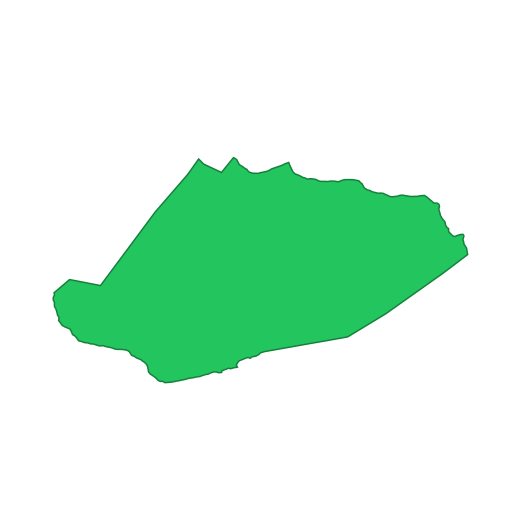 outline of Jaguaretama, Ceará, Brazil, rotated 258°
{"feature_id": "56859067B17127174876684", "entity_name": "Jaguaretama", "entity_type": "district", "adm_level": 2, "iso_a3": "BRA", "parent_name": "Brazil", "parent_adm1": "Ceará", "projection": "equal_earth", "projection_center": [-38.749, -5.493], "detail": "fine", "context": "isolated", "style": "filled", "palette": "green", "viewbox_px": 512, "rotation_deg": 258, "n_neighbors": 0, "source": "geoboundaries", "source_scale": "gbopen_adm2", "svg_char_len": 3028}
<svg xmlns="http://www.w3.org/2000/svg" viewBox="0 0 512 512"><g transform="rotate(258 256 256)"><path d="M157.2,229.0L158.2,231.1L158.1,235.3L159.2,238.6L160.3,240.0L160.7,244.2L160.5,250.2L159.2,289.2L158.5,307.4L157.8,328.8L172.6,371.2L174.1,374.6L200.4,435.6L213.4,463.3L215.2,463.4L217.4,463.4L219.8,463.6L222.1,462.8L224.6,461.9L226.7,462.1L229.1,461.8L231.2,463.0L232.6,463.6L234.2,462.9L234.5,460.1L234.2,456.9L233.7,454.6L234.6,452.9L236.0,451.8L237.8,450.7L239.2,449.8L241.2,449.6L242.7,450.1L244.6,448.5L247.1,447.8L248.8,448.0L250.6,447.7L252.1,446.8L253.9,445.9L257.1,444.9L259.3,444.8L261.4,444.7L263.8,444.5L266.1,445.8L268.5,445.7L270.0,444.4L270.8,441.0L277.8,435.7L280.2,433.4L280.7,429.9L280.8,426.4L281.4,423.1L282.0,419.8L283.2,416.7L284.2,414.2L285.2,411.5L285.4,409.2L285.1,406.8L285.3,404.4L285.7,401.1L286.8,398.7L288.3,396.9L289.4,395.3L290.9,393.3L291.7,390.7L292.1,388.1L293.2,386.1L294.0,384.3L295.0,382.6L296.3,381.2L297.5,378.7L299.1,377.0L300.5,375.9L302.3,375.4L304.5,374.8L306.2,373.4L308.2,372.2L309.5,369.1L310.5,366.7L311.2,363.7L312.0,360.1L312.3,357.8L312.0,355.2L311.5,352.0L312.9,348.3L313.8,344.6L313.9,341.5L314.9,338.1L315.4,335.2L316.5,332.8L318.3,330.7L319.3,328.4L320.3,325.5L320.5,322.3L322.1,320.2L323.1,318.2L324.8,316.3L326.4,314.1L328.4,311.1L330.8,309.6L333.1,309.0L335.1,308.6L336.6,308.1L338.5,307.8L340.7,307.5L340.2,303.6L339.3,300.4L338.0,289.7L336.9,286.3L336.5,282.9L336.6,278.2L336.4,275.2L337.1,272.4L337.7,269.8L339.3,267.0L340.7,265.9L342.6,265.1L343.9,263.5L345.7,261.9L347.5,260.1L348.7,258.8L350.5,258.2L354.1,257.2L355.6,256.0L356.9,254.4L344.9,239.6L356.8,223.9L362.8,220.1L350.0,206.2L337.2,189.3L320.5,167.2L318.2,164.5L306.1,150.8L262.9,101.7L259.4,97.7L260.9,94.2L267.9,77.8L269.4,74.2L271.7,68.7L262.0,50.8L260.1,50.9L258.7,49.9L257.2,48.9L254.9,48.6L252.7,49.2L250.5,48.7L248.3,48.4L246.1,49.2L243.5,49.5L241.5,49.6L239.2,49.6L237.2,50.5L235.5,50.1L233.8,49.5L232.2,50.4L230.4,51.1L228.4,52.0L226.4,54.3L224.7,56.8L223.3,58.8L221.0,59.6L218.6,60.0L217.2,60.3L215.6,62.1L213.5,63.4L211.3,64.2L209.7,65.2L208.6,67.6L207.0,70.1L205.9,73.5L204.4,76.0L203.8,78.4L202.2,81.4L201.0,83.3L200.3,85.4L200.2,87.6L199.1,89.3L198.2,91.2L197.3,93.4L195.8,96.5L194.3,98.7L193.5,101.0L193.0,103.2L192.4,105.7L191.5,108.3L190.2,110.8L188.6,112.3L186.8,112.9L184.7,113.7L183.0,116.3L181.2,117.9L179.9,119.8L178.7,121.7L176.8,123.2L175.3,124.7L173.5,126.0L171.1,126.9L169.1,127.0L167.2,126.9L164.9,126.8L162.4,128.1L160.4,130.2L158.1,132.2L156.5,133.3L154.7,134.4L153.3,136.2L152.7,138.9L151.1,140.4L150.6,143.7L150.3,146.4L150.1,149.6L150.2,152.2L150.0,154.3L150.1,156.9L150.0,159.6L150.1,162.2L150.3,164.9L150.0,169.6L150.1,172.5L149.8,176.1L150.2,178.5L150.5,182.1L150.4,185.0L151.0,187.0L151.4,190.7L150.7,193.4L149.6,195.2L149.2,198.1L150.8,198.9L151.2,201.0L151.5,203.4L152.0,205.8L151.0,207.8L151.3,210.8L151.1,214.7L153.4,214.1L155.6,216.0L157.0,217.8L157.5,220.8L158.2,224.6L158.4,227.1L157.2,229.0Z" fill="#22c55e" stroke="#15803d" stroke-width="1.5"/></g></svg>